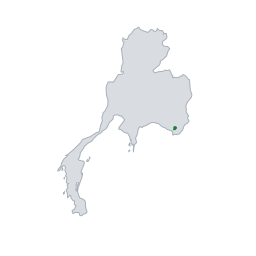 Thung Si Udom, Ubon Ratchathani, Thailand (highlighted), rotated 30°
{"feature_id": "78962969B14967279450618", "entity_name": "Thung Si Udom", "entity_type": "district", "adm_level": 2, "iso_a3": "THA", "parent_name": "Thailand", "parent_adm1": "Ubon Ratchathani", "projection": "robinson", "projection_center": [104.937, 14.739], "detail": "fine", "context": "in_parent", "style": "filled", "palette": "green", "viewbox_px": 256, "rotation_deg": 30, "n_neighbors": 0, "source": "geoboundaries", "source_scale": "gbopen_adm2", "svg_char_len": 4248}
<svg xmlns="http://www.w3.org/2000/svg" viewBox="0 0 256 256"><g transform="rotate(30 128 128)"><path d="M111.6,27.9L111.8,28.9L112.7,27.6L113.9,27.0L116.3,29.8L116.6,31.1L114.8,35.6L115.1,37.2L116.2,38.4L117.5,39.1L118.9,38.9L121.6,37.6L124.5,38.5L124.3,41.5L125.4,46.3L123.9,51.3L122.5,53.7L123.5,55.8L123.6,57.8L120.8,65.5L121.3,66.1L123.1,66.9L123.8,66.6L126.8,63.6L130.1,61.3L131.1,59.3L133.2,58.6L135.1,56.9L139.3,60.0L140.4,60.2L141.0,60.8L141.2,62.0L141.7,62.2L143.5,60.5L146.4,59.4L147.6,56.7L148.9,55.9L148.8,54.6L149.2,54.1L151.6,54.0L155.3,55.4L156.5,55.7L157.1,55.4L162.9,63.9L166.6,67.1L167.5,69.4L166.6,75.1L166.7,78.3L167.5,80.8L169.1,82.5L170.3,85.0L174.6,87.4L174.2,88.0L174.5,89.6L177.2,91.3L177.4,91.9L177.1,94.2L175.9,96.0L175.6,97.4L175.6,99.2L176.3,101.9L175.4,107.4L173.8,109.0L171.7,110.1L170.6,111.6L169.7,111.2L169.3,109.7L167.0,108.8L162.6,109.6L160.4,109.3L157.5,109.8L154.6,109.5L152.9,108.9L148.1,110.1L146.0,111.2L144.6,112.8L142.4,116.9L140.2,119.4L140.2,120.4L137.5,121.0L137.6,124.5L139.1,128.2L139.6,133.0L142.7,136.3L142.1,138.6L142.4,140.9L144.8,146.2L143.1,143.7L142.7,142.0L140.7,139.4L140.1,140.7L137.7,138.7L136.7,136.7L136.3,137.6L134.0,134.8L131.6,133.4L130.3,132.7L126.9,133.7L122.6,132.9L121.0,133.6L120.3,133.2L119.9,132.3L121.1,122.5L117.4,121.3L116.8,120.6L116.0,121.4L112.4,121.8L109.8,123.6L109.4,125.1L110.6,127.8L109.1,132.7L109.5,137.3L109.3,139.8L107.5,143.0L107.0,145.6L104.9,149.5L103.5,154.5L103.2,157.4L100.7,161.8L100.1,164.3L99.3,165.2L99.6,167.2L99.2,173.3L100.7,177.7L100.3,179.7L102.0,180.4L106.0,179.0L107.3,179.4L108.1,181.8L109.1,189.0L110.8,191.2L111.2,190.1L112.0,191.3L112.6,193.4L114.7,204.8L115.8,207.7L114.5,207.0L113.8,203.4L112.7,203.3L113.1,201.0L112.3,200.2L111.1,200.8L111.2,202.6L114.3,208.2L116.3,208.4L118.8,210.9L121.5,212.7L125.0,212.1L127.3,212.7L128.7,214.2L131.0,218.0L134.6,221.2L134.1,223.2L132.6,224.8L131.9,227.0L130.8,227.6L129.5,227.6L128.0,225.8L124.4,227.5L123.6,229.1L122.6,229.5L121.0,227.7L121.2,226.7L122.2,225.2L121.9,221.2L119.8,221.2L118.3,218.2L117.8,218.0L116.8,218.4L113.4,217.0L112.4,215.2L111.3,215.3L110.6,218.5L107.6,214.3L105.5,212.5L105.8,209.4L104.4,208.7L103.8,207.8L104.3,205.9L102.4,206.2L101.5,205.7L100.3,202.3L99.4,201.0L98.1,201.0L97.7,200.3L97.8,198.6L94.6,196.3L93.6,193.6L92.1,192.4L91.1,192.7L90.2,194.6L89.4,194.5L88.8,194.0L88.0,191.3L88.0,186.5L89.1,183.8L89.6,179.4L91.1,175.6L94.2,164.8L94.4,160.5L99.6,154.4L103.1,147.5L104.3,146.5L104.8,145.2L103.0,139.5L102.2,135.6L102.3,134.6L100.1,132.0L99.6,129.0L99.0,128.0L98.8,127.0L99.6,125.2L99.2,118.6L96.8,114.0L92.4,109.7L88.6,103.5L88.1,101.3L87.9,98.1L91.1,96.0L92.4,95.9L92.9,86.5L95.6,84.7L96.2,84.0L96.4,82.4L95.8,81.5L94.1,83.0L93.7,82.7L91.6,77.2L91.1,73.8L82.5,62.5L82.9,60.6L81.7,55.8L80.4,55.7L79.5,54.8L78.6,52.6L80.3,52.9L83.1,51.7L82.6,47.0L83.8,44.2L84.0,39.7L86.1,37.0L86.4,35.7L87.6,35.5L89.1,36.5L90.7,36.5L97.2,35.4L98.0,34.2L98.4,31.7L99.1,30.9L100.6,30.7L102.2,31.2L104.0,30.2L103.7,27.3L106.8,27.8L108.9,26.5L111.6,27.9ZM90.3,195.9L89.9,199.4L88.6,200.2L88.2,198.1L89.0,194.8L89.3,195.6L90.3,195.9ZM110.2,175.3L110.0,177.0L108.8,177.6L108.6,175.7L110.2,175.3ZM137.4,140.2L138.7,142.6L137.2,142.4L136.9,140.1L137.4,140.2ZM105.1,217.4L104.4,216.4L105.0,214.8L105.6,216.7L105.1,217.4ZM92.4,196.3L92.1,198.2L91.5,195.6L92.4,196.3ZM110.2,173.8L109.6,173.6L109.1,172.5L109.8,172.5L110.2,173.8ZM97.7,202.1L98.4,204.4L97.6,203.3L97.7,202.1ZM140.9,146.6L140.6,148.0L140.0,147.4L140.4,146.4L140.9,146.6ZM88.9,182.3L88.1,182.8L88.8,181.4L88.9,182.3Z" fill="#d9dde1" stroke="#a8b0b8" stroke-width="1"/><path d="M167.8,104.5L167.9,104.8L168.0,104.9L168.1,105.0L168.2,105.3L168.2,105.5L168.3,105.6L168.4,105.8L168.5,105.8L168.6,105.7L168.6,105.8L168.7,105.7L168.7,105.8L168.7,105.7L168.8,105.7L169.0,105.7L169.0,105.8L169.1,105.7L169.3,105.6L169.5,105.5L169.5,105.4L169.4,105.4L169.1,105.2L169.3,105.1L169.2,105.1L169.3,105.0L169.3,104.9L169.5,104.9L169.5,104.7L169.7,104.4L169.7,104.2L169.8,103.9L169.7,103.8L169.5,104.0L169.4,104.0L169.2,104.0L169.2,103.9L169.2,103.7L169.2,103.4L168.9,103.3L168.7,103.3L168.4,103.4L168.4,103.5L168.2,103.7L167.9,103.9L167.7,104.0L167.5,104.3L167.7,104.5L167.8,104.5Z" fill="#22c55e" stroke="#15803d" stroke-width="1.5"/></g></svg>